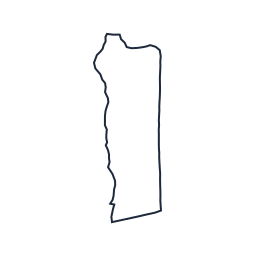 the district of Balneário Rincão, Santa Catarina, Brazil, rotated 316°
{"feature_id": "56859067B51048892739897", "entity_name": "Balneário Rincão", "entity_type": "district", "adm_level": 2, "iso_a3": "BRA", "parent_name": "Brazil", "parent_adm1": "Santa Catarina", "projection": "equal_earth", "projection_center": [-49.252, -28.826], "detail": "fine", "context": "isolated", "style": "outline", "palette": "slate", "viewbox_px": 256, "rotation_deg": 316, "n_neighbors": 0, "source": "geoboundaries", "source_scale": "gbopen_adm2", "svg_char_len": 1204}
<svg xmlns="http://www.w3.org/2000/svg" viewBox="0 0 256 256"><g transform="rotate(316 128 128)"><path d="M94.4,210.3L98.0,206.0L100.9,202.6L104.8,198.7L108.8,194.4L111.3,191.6L115.5,187.1L119.5,183.1L123.0,178.9L127.4,173.8L130.5,170.3L133.2,167.6L136.2,164.0L139.2,160.8L142.3,157.6L145.8,154.0L149.2,150.3L152.3,147.6L155.6,143.8L159.6,140.1L162.7,137.2L165.2,134.5L169.1,130.8L172.5,127.7L175.2,125.1L178.8,121.5L181.7,118.4L185.7,114.1L190.6,109.5L194.4,105.9L197.3,102.7L201.5,99.0L204.9,94.0L204.3,88.8L201.5,83.8L197.9,82.1L194.6,80.0L190.5,77.0L185.9,73.0L183.3,68.9L184.9,64.3L184.7,59.3L186.9,55.0L182.4,50.8L178.2,45.7L175.0,46.9L172.0,50.2L168.2,51.4L164.8,53.4L161.2,53.9L156.3,53.9L151.9,56.0L148.8,57.5L145.9,62.5L145.4,70.2L143.1,75.3L142.7,79.8L140.3,83.2L136.4,86.3L134.2,92.7L131.7,95.9L127.4,98.0L123.6,100.2L119.7,103.4L113.3,110.0L111.7,114.4L107.6,117.9L105.1,120.5L103.0,123.8L100.0,125.0L98.3,129.9L96.0,133.8L93.2,136.7L91.1,139.7L86.4,142.4L84.9,150.3L82.0,157.0L79.1,160.2L75.2,162.6L70.6,166.7L67.0,169.0L62.6,170.1L65.0,173.5L60.7,176.0L54.4,180.3L51.1,184.6L75.7,199.8L81.9,203.5L85.4,205.7L88.9,207.8L94.4,210.3Z" fill="none" stroke="#1e293b" stroke-width="2"/></g></svg>